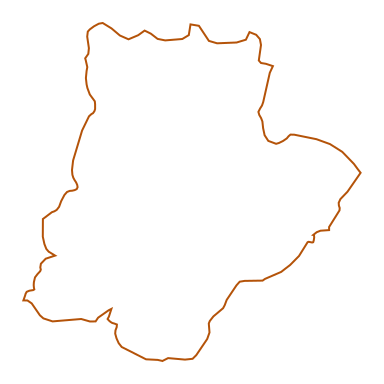 the border of Bragança
{"feature_id": "PRT-750", "entity_name": "Bragança", "entity_type": "District", "adm_level": 1, "iso_a3": "PRT", "parent_name": "Portugal", "parent_adm1": "", "projection": "equal_earth", "projection_center": [-6.92, 41.518], "detail": "fine", "context": "isolated", "style": "outline", "palette": "amber", "viewbox_px": 384, "rotation_deg": 0, "n_neighbors": 0, "source": "natural_earth", "source_scale": "10m", "svg_char_len": 2218}
<svg xmlns="http://www.w3.org/2000/svg" viewBox="0 0 384 384"><path d="M284.9,269.0L281.2,271.9L265.0,278.9L262.6,280.6L244.6,280.9L239.7,281.7L236.5,285.3L226.7,299.9L224.7,305.2L223.1,308.2L213.4,316.4L209.8,321.0L208.8,323.5L209.5,332.5L207.2,339.0L196.3,355.1L192.6,358.8L185.0,359.6L168.1,358.1L162.4,361.0L162.2,360.9L157.7,359.9L146.0,359.3L121.7,347.0L118.7,343.2L116.5,338.3L115.2,333.6L115.5,330.3L116.7,327.1L116.9,324.5L114.2,323.5L112.3,323.0L110.5,321.9L108.9,320.5L107.6,319.0L108.9,316.6L111.4,308.9L108.6,310.3L98.1,317.7L95.6,321.4L90.0,321.5L81.2,319.0L59.6,320.8L52.6,321.4L43.4,318.4L39.9,315.3L31.7,303.4L27.5,300.5L23.4,300.4L25.1,295.6L25.6,293.8L26.7,291.8L29.4,290.7L33.2,290.1L34.3,289.4L33.9,287.5L33.7,285.1L33.9,282.1L35.0,277.4L37.5,274.1L40.2,271.2L40.8,269.6L40.3,267.4L40.9,263.7L45.7,258.7L55.1,255.6L48.7,251.7L46.3,248.9L44.4,244.0L42.8,236.7L42.9,219.0L51.9,212.2L54.4,211.3L56.7,209.9L59.1,206.8L61.2,201.1L64.4,195.0L67.0,192.0L69.7,190.9L72.2,190.7L74.7,190.1L76.7,189.1L77.6,187.2L77.2,184.9L76.1,182.4L74.6,180.1L73.3,177.7L72.4,174.8L72.0,170.0L73.1,160.5L82.1,130.5L89.0,116.3L91.4,114.1L93.0,113.2L94.4,111.2L95.1,109.1L95.1,104.2L94.8,101.3L89.8,94.5L87.4,88.0L86.6,84.4L85.9,78.1L86.6,70.9L87.3,67.1L85.7,60.1L85.2,58.3L88.3,53.9L88.9,48.2L87.2,36.6L87.8,31.6L89.8,29.4L94.0,26.3L98.8,23.7L102.7,23.0L111.5,28.4L119.9,35.5L128.5,39.3L138.2,35.2L144.6,30.6L147.1,31.8L150.9,33.7L157.6,38.9L165.2,40.4L182.3,39.0L188.8,35.1L190.5,24.4L198.9,25.8L208.9,40.9L217.1,43.3L236.6,42.5L245.9,39.7L249.5,32.1L256.2,34.8L259.9,39.1L261.0,45.0L258.8,60.5L261.0,63.0L265.9,63.8L272.9,66.1L269.8,72.8L263.2,102.1L262.0,105.5L260.1,108.5L258.4,111.9L259.3,115.0L261.1,118.1L262.4,121.5L263.1,128.1L264.6,135.2L268.3,140.9L276.1,143.8L278.9,143.0L283.0,141.0L286.8,138.4L288.6,136.2L290.5,134.6L294.3,134.7L316.5,139.2L330.0,144.1L342.3,151.9L353.9,163.9L357.8,169.2L360.6,172.8L347.5,191.7L340.4,199.1L338.7,202.8L338.9,205.6L339.7,208.0L339.5,210.4L329.1,227.0L329.1,230.1L320.5,230.7L316.7,232.2L313.2,235.0L314.0,235.2L314.2,237.4L313.8,240.2L313.2,242.2L312.1,242.5L308.7,241.8L307.6,242.2L299.0,256.0L290.1,265.0L284.9,269.0Z" fill="none" stroke="#b45309" stroke-width="2"/></svg>